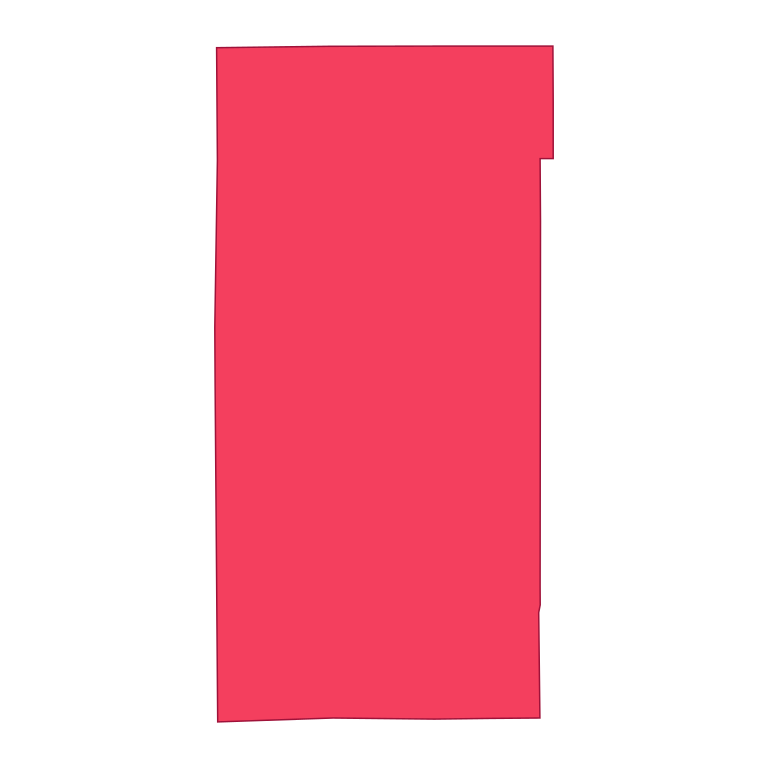 outline of DeKalb, Illinois, United States of America
{"feature_id": "52423323B8884697818059", "entity_name": "DeKalb", "entity_type": "district", "adm_level": 2, "iso_a3": "USA", "parent_name": "United States of America", "parent_adm1": "Illinois", "projection": "mercator", "projection_center": [-88.72, 41.891], "detail": "fine", "context": "isolated", "style": "filled", "palette": "rose", "viewbox_px": 768, "rotation_deg": 0, "n_neighbors": 0, "source": "geoboundaries", "source_scale": "gbopen_adm2", "svg_char_len": 368}
<svg xmlns="http://www.w3.org/2000/svg" viewBox="0 0 768 768"><path d="M540.2,604.9L540.1,586.3L540.5,221.2L540.1,158.6L553.2,158.6L553.2,102.3L552.9,46.1L440.9,46.1L329.0,46.3L216.6,47.7L217.4,160.4L214.8,327.5L215.1,383.7L217.7,721.9L333.0,718.0L434.3,719.1L490.1,718.4L539.9,718.0L538.7,612.6L540.2,604.9Z" fill="#f43f5e" stroke="#9f1239" stroke-width="1.5"/></svg>